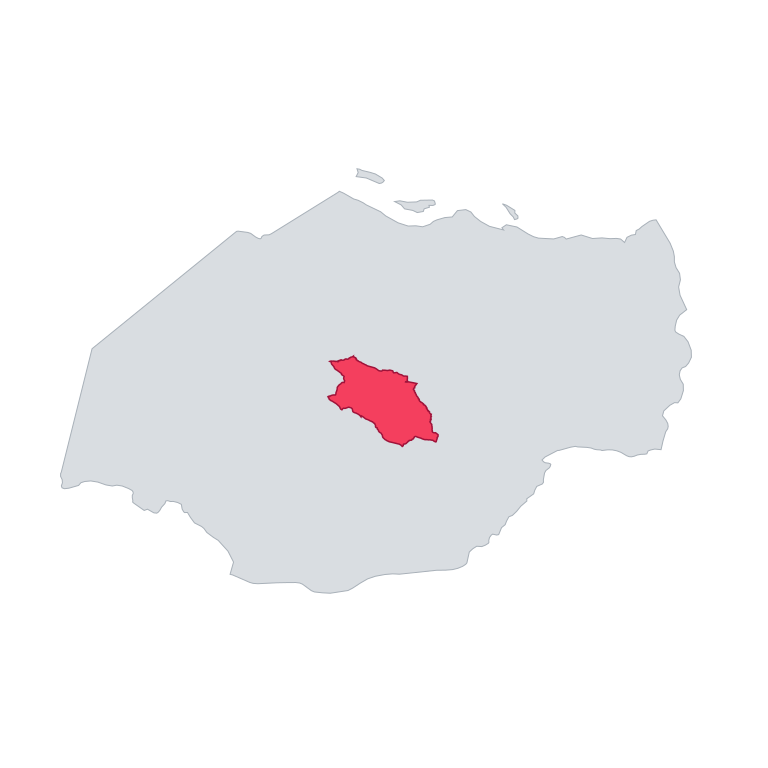 Manyoni, Singida, United Republic of Tanzania (highlighted), rotated 284°
{"feature_id": "72390352B73180368039512", "entity_name": "Manyoni", "entity_type": "district", "adm_level": 2, "iso_a3": "TZA", "parent_name": "United Republic of Tanzania", "parent_adm1": "Singida", "projection": "equal_earth", "projection_center": [34.654, -6.406], "detail": "fine", "context": "in_parent", "style": "filled", "palette": "rose", "viewbox_px": 768, "rotation_deg": 284, "n_neighbors": 0, "source": "geoboundaries", "source_scale": "gbopen_adm2", "svg_char_len": 9503}
<svg xmlns="http://www.w3.org/2000/svg" viewBox="0 0 768 768"><g transform="rotate(284 384 384)"><path d="M305.0,550.9L298.5,546.3L292.5,543.5L287.6,540.4L285.4,537.3L280.8,536.1L276.8,535.6L273.1,532.8L265.6,531.7L264.7,529.9L264.6,525.7L263.3,524.6L260.5,523.5L257.5,523.5L255.7,524.1L254.7,523.8L252.2,521.4L249.9,518.2L249.0,513.2L245.6,510.0L241.6,507.4L230.5,507.7L228.8,506.9L226.1,504.4L223.0,500.2L220.5,495.4L218.3,488.9L216.0,480.1L203.2,445.0L201.9,438.4L199.4,431.0L195.3,422.0L191.0,415.3L185.1,409.2L178.5,403.1L174.9,399.0L168.0,382.5L166.5,374.8L165.4,366.8L165.9,363.5L170.1,353.2L170.5,350.3L170.0,346.3L167.9,338.1L165.2,328.1L159.7,309.9L158.9,305.3L159.0,301.8L162.1,283.3L162.1,280.7L174.8,281.1L184.1,273.0L192.2,260.9L193.8,255.8L197.1,248.0L200.3,244.2L201.6,241.5L203.4,233.7L207.7,228.5L211.8,224.4L211.0,221.6L211.6,220.5L213.8,218.4L218.2,216.5L219.1,212.5L219.1,207.9L218.3,205.3L218.5,202.4L217.8,200.7L214.9,200.3L210.7,198.0L207.0,197.0L204.6,195.7L203.7,194.7L203.3,191.9L205.3,184.8L203.3,181.9L207.8,170.2L208.6,168.7L210.2,168.5L212.7,167.3L215.1,166.7L217.0,167.2L218.5,166.7L219.7,165.4L220.8,161.4L221.7,154.7L221.2,149.2L219.3,145.1L218.8,138.7L219.6,130.1L219.0,122.9L217.0,117.2L214.9,113.8L211.7,112.2L206.7,103.5L205.1,99.3L205.4,96.7L207.1,95.6L210.3,95.9L213.3,94.9L216.2,92.5L218.9,91.9L220.3,92.2L347.6,92.2L496.4,204.0L497.0,205.4L498.1,215.0L497.9,218.2L495.6,223.8L494.9,226.7L494.9,228.7L495.5,229.5L497.4,229.8L499.1,231.1L499.7,232.1L500.9,236.3L502.6,238.4L559.0,293.2L560.2,294.0L559.4,298.6L556.2,309.8L556.0,314.4L554.8,319.9L553.5,323.5L550.3,339.1L547.5,345.0L543.8,358.7L543.1,369.2L545.2,376.6L545.9,383.5L550.2,390.2L553.7,392.6L556.1,395.7L560.2,402.8L562.6,409.8L570.0,413.3L573.0,421.2L571.9,426.7L568.4,431.2L565.1,438.5L562.5,448.2L562.4,462.8L564.1,460.6L568.1,464.2L568.5,475.0L564.4,487.6L563.1,493.5L562.9,498.6L565.8,513.6L570.2,521.3L569.9,523.7L568.7,525.7L576.3,539.3L575.6,551.1L578.5,560.2L579.7,568.2L581.5,574.3L581.9,578.5L579.5,583.2L585.1,584.3L588.3,588.1L589.9,591.8L593.9,591.6L596.1,594.1L599.2,596.2L606.1,602.3L608.0,605.4L609.1,608.3L589.8,627.6L582.9,632.6L577.9,634.9L572.7,636.2L567.6,639.2L562.9,644.0L556.8,646.4L549.4,646.4L541.7,649.8L529.4,659.7L522.3,654.2L516.8,652.5L510.4,652.6L506.4,653.3L505.0,654.5L503.8,657.9L502.7,663.5L498.5,668.8L491.1,673.9L484.3,675.8L478.1,674.5L473.9,672.4L471.8,669.4L468.5,668.1L464.3,668.3L460.2,670.4L456.2,674.4L450.0,676.1L441.4,675.6L436.8,673.7L436.2,670.4L432.5,666.5L425.6,662.0L420.5,661.9L417.3,666.2L414.3,668.9L411.6,670.0L409.2,670.1L405.8,668.9L396.3,668.5L387.3,668.7L386.4,662.5L384.5,658.7L382.9,656.4L379.8,655.9L379.0,654.1L377.9,650.3L376.4,647.0L374.4,644.2L373.2,641.7L372.8,639.4L373.1,636.8L375.0,630.5L375.5,626.1L375.3,621.6L374.3,617.1L372.2,611.6L372.4,610.0L371.7,606.3L371.6,603.7L372.0,600.5L371.6,596.2L369.8,587.1L369.8,584.8L367.8,580.3L361.9,569.9L361.6,568.6L352.2,558.0L348.5,555.7L347.1,557.7L346.6,559.5L347.0,562.9L346.8,564.6L346.4,565.3L344.2,565.2L342.8,564.8L339.2,562.0L336.4,561.3L329.6,561.8L327.2,562.5L325.3,561.8L321.6,557.0L317.4,556.0L313.6,555.8L307.2,550.3L305.0,550.9ZM571.1,374.9L574.2,386.5L573.8,388.7L571.6,390.0L570.5,390.2L569.1,388.3L568.2,384.4L566.5,385.3L563.7,380.6L560.9,380.4L558.4,374.8L559.4,369.9L558.9,361.6L561.9,357.4L563.6,350.2L565.6,355.1L566.0,362.7L568.6,371.7L571.1,374.9ZM586.3,305.7L586.5,308.4L585.9,311.0L586.0,319.3L585.7,324.8L583.4,332.4L581.5,335.1L579.8,334.3L578.4,333.0L577.4,330.9L579.6,317.0L578.5,306.8L582.9,307.8L586.3,305.7ZM579.5,473.2L577.3,473.9L576.4,473.2L575.1,470.9L577.4,469.0L579.7,465.2L585.0,459.7L587.5,455.3L587.1,459.6L584.1,469.0L581.5,469.6L579.5,473.2Z" fill="#d9dde1" stroke="#a8b0b8" stroke-width="1"/><path d="M403.0,348.4L403.0,347.9L403.2,347.6L403.2,347.4L403.5,347.4L402.7,346.7L402.4,346.2L401.9,345.2L401.2,344.7L400.9,344.0L400.0,343.7L399.3,342.7L399.1,342.3L399.1,341.5L399.2,341.2L398.9,340.5L398.8,340.3L398.6,340.2L398.3,340.0L398.2,339.8L398.0,339.7L397.9,339.5L397.6,339.4L397.1,338.5L397.0,337.9L397.0,337.4L397.1,337.0L396.9,336.8L397.0,336.7L396.7,336.3L396.8,336.2L396.6,336.0L396.6,335.8L396.4,335.8L396.4,335.6L396.1,335.5L396.1,335.3L396.0,335.1L395.8,334.9L395.7,334.8L395.2,334.5L395.3,334.2L395.2,334.1L395.3,334.0L395.1,333.9L395.0,333.4L394.8,333.2L394.6,333.3L394.7,333.0L394.5,332.7L394.4,332.1L394.3,331.5L394.2,331.5L394.2,331.3L394.1,331.2L394.2,330.6L394.0,330.2L394.1,329.7L393.7,328.7L393.7,328.3L393.5,327.8L393.5,327.6L393.4,327.6L393.5,327.6L393.5,327.4L393.5,327.2L393.4,327.0L393.0,326.2L392.8,325.9L392.7,326.2L392.9,326.9L392.7,327.3L391.2,328.0L390.7,328.3L388.6,331.3L388.1,331.5L387.6,332.0L387.1,332.4L387.0,332.5L386.4,333.6L386.1,334.8L385.7,335.8L384.9,337.8L384.6,338.4L384.1,339.7L383.8,340.3L382.9,340.5L381.9,343.2L381.6,343.5L380.3,343.4L379.6,343.5L378.5,344.2L377.6,345.1L377.4,345.1L377.2,345.0L375.8,345.0L375.7,344.1L375.5,343.7L375.5,343.2L375.4,343.0L374.2,342.2L373.6,342.0L372.9,341.2L372.1,340.6L370.8,340.0L369.6,339.5L369.0,339.5L367.9,339.8L367.0,339.8L365.4,339.7L364.1,339.5L362.8,339.7L361.7,339.6L361.5,339.2L361.2,337.8L360.8,336.8L360.0,335.4L359.2,334.7L359.2,334.1L358.6,333.3L358.6,333.1L358.3,332.8L358.1,333.2L357.5,333.5L357.3,333.4L357.2,333.8L356.8,334.1L356.3,334.2L355.7,334.9L355.5,335.4L355.4,335.8L355.2,336.3L355.0,336.5L354.9,337.4L354.8,338.0L353.9,340.6L353.4,342.3L353.0,343.0L352.8,343.5L352.0,344.9L351.4,346.2L349.2,348.0L348.8,349.4L350.1,350.0L350.4,350.3L350.7,350.6L350.8,351.5L351.1,352.5L352.4,354.4L353.0,355.4L352.9,357.5L352.9,358.0L352.4,358.9L352.1,359.3L351.4,359.6L349.8,360.4L349.5,360.8L349.2,361.6L349.0,363.0L349.0,364.1L348.8,364.7L348.7,365.3L348.3,366.8L347.6,368.3L346.5,369.7L347.6,369.7L347.3,370.9L346.8,372.3L346.2,373.5L345.6,375.0L345.6,375.7L345.5,376.7L345.5,377.0L345.2,378.4L344.8,379.6L344.8,380.5L344.5,381.4L344.6,382.0L344.3,382.3L343.9,383.1L343.5,383.9L343.5,384.4L342.9,384.9L342.6,385.0L341.8,385.8L340.4,386.1L339.9,386.7L339.9,387.4L339.7,388.1L339.4,388.3L339.1,388.2L338.7,388.4L338.5,388.6L338.1,389.4L337.5,389.9L337.0,390.1L336.7,390.6L336.4,390.8L335.9,391.9L335.7,392.7L335.4,393.3L334.8,393.8L334.0,394.8L333.4,394.9L331.9,395.8L331.1,397.1L330.8,397.7L330.3,398.5L330.1,399.5L329.7,400.5L329.5,401.7L329.2,403.0L329.3,406.3L329.3,412.5L329.4,413.1L329.2,413.7L329.0,414.7L328.3,416.1L327.8,416.8L328.2,417.2L328.9,417.6L330.0,417.4L330.3,417.5L330.3,417.8L330.8,418.4L330.9,418.8L331.3,419.5L331.6,419.7L331.8,420.0L332.8,420.5L333.3,421.0L333.6,421.1L334.0,421.1L334.3,421.5L334.6,421.6L334.9,422.1L335.2,422.4L335.4,422.3L335.5,422.5L336.2,424.4L336.7,424.6L337.1,424.6L337.6,425.2L337.9,425.8L338.9,425.9L339.3,426.2L340.1,426.3L340.4,426.6L340.7,427.0L340.8,427.8L340.5,429.8L340.4,432.4L340.3,433.4L340.0,434.4L340.0,435.5L339.9,436.1L339.9,437.5L340.3,438.2L340.3,439.2L340.6,440.0L340.5,440.6L341.0,442.1L341.0,443.5L341.2,444.7L341.2,445.1L340.7,446.1L340.4,447.3L340.3,448.1L340.5,448.5L340.9,448.6L342.6,448.6L343.0,448.7L343.3,448.7L343.7,448.8L345.1,448.5L345.6,448.9L346.0,449.1L347.7,448.8L347.9,448.7L349.2,445.8L349.0,445.4L348.8,444.6L348.8,443.6L349.0,443.0L349.5,442.3L350.4,442.2L351.0,441.8L351.7,441.6L352.6,441.5L353.2,441.2L354.0,441.1L354.7,440.6L356.4,440.1L356.5,439.8L357.2,439.0L358.0,438.1L358.4,438.0L358.5,437.7L359.2,437.9L359.4,437.9L359.6,438.2L360.3,437.8L360.6,437.7L360.8,438.0L361.0,437.8L361.2,438.2L362.0,437.8L362.4,437.9L362.7,437.6L363.0,437.6L363.3,437.3L363.7,437.4L363.9,437.6L364.0,437.4L364.5,437.4L365.1,437.0L365.4,437.1L365.5,437.0L365.8,436.9L365.9,437.2L366.1,437.2L366.1,436.5L366.2,436.3L366.6,435.9L366.8,435.4L367.1,435.1L367.6,434.9L368.0,434.9L368.1,434.7L368.1,434.2L368.3,434.0L368.4,433.6L368.7,433.7L368.8,433.7L369.1,433.0L369.0,432.7L369.4,432.5L369.7,432.3L370.2,431.9L370.2,431.6L370.3,431.4L370.5,431.6L370.8,431.5L371.3,431.3L371.5,430.7L372.0,430.5L372.6,429.9L372.5,429.7L373.1,429.1L373.3,428.8L373.3,428.4L373.4,427.8L373.6,427.9L373.9,427.5L373.9,427.0L374.0,426.9L374.3,426.9L374.3,426.7L374.8,426.0L375.3,424.6L375.2,424.3L375.5,424.0L375.7,423.6L375.9,422.9L376.1,422.8L376.5,422.2L376.8,422.1L377.2,422.1L377.8,421.7L377.9,421.1L378.2,421.1L378.3,420.8L378.6,420.5L379.2,420.3L379.5,419.7L379.8,419.5L380.0,419.1L380.2,418.6L380.8,418.3L381.2,417.8L381.7,417.7L382.6,416.6L383.2,416.5L383.5,415.9L383.7,415.7L383.9,415.4L384.2,415.5L384.8,415.3L385.0,415.0L385.4,414.6L385.5,414.1L385.9,413.8L386.5,413.9L387.0,413.8L387.7,414.7L388.1,414.5L388.5,414.6L388.8,414.4L389.4,414.6L389.8,414.6L390.1,414.8L390.3,414.8L390.4,415.0L390.5,415.0L392.4,415.8L392.3,412.2L392.0,407.2L391.3,405.4L391.2,404.4L391.4,404.4L392.3,405.6L392.8,406.0L394.2,405.4L395.0,405.4L397.1,404.8L396.9,402.9L396.5,401.6L396.5,401.2L396.5,400.8L397.1,399.2L397.2,398.3L397.1,397.3L397.3,395.9L397.5,395.3L398.3,393.8L398.3,393.6L397.4,391.5L397.2,390.6L397.5,390.2L398.7,389.5L398.9,389.0L398.9,386.2L398.5,385.6L398.4,385.5L398.3,384.8L397.9,384.2L397.6,381.6L397.2,380.1L397.2,379.4L397.0,379.2L396.5,379.1L396.0,378.5L395.9,378.3L395.7,376.7L395.7,375.6L396.8,373.0L397.4,371.0L397.6,363.2L398.1,362.1L398.3,360.4L398.7,359.4L398.8,358.0L399.5,356.6L399.7,354.6L400.0,353.3L400.2,353.0L400.3,353.0L400.3,352.3L400.9,351.8L400.9,351.2L401.2,351.1L401.3,350.9L401.3,351.0L401.7,351.0L401.7,350.8L401.8,350.5L402.0,350.4L402.4,349.8L402.6,349.9L402.7,349.2L402.9,348.9L402.8,348.6L403.0,348.4Z" fill="#f43f5e" stroke="#9f1239" stroke-width="1.5"/></g></svg>